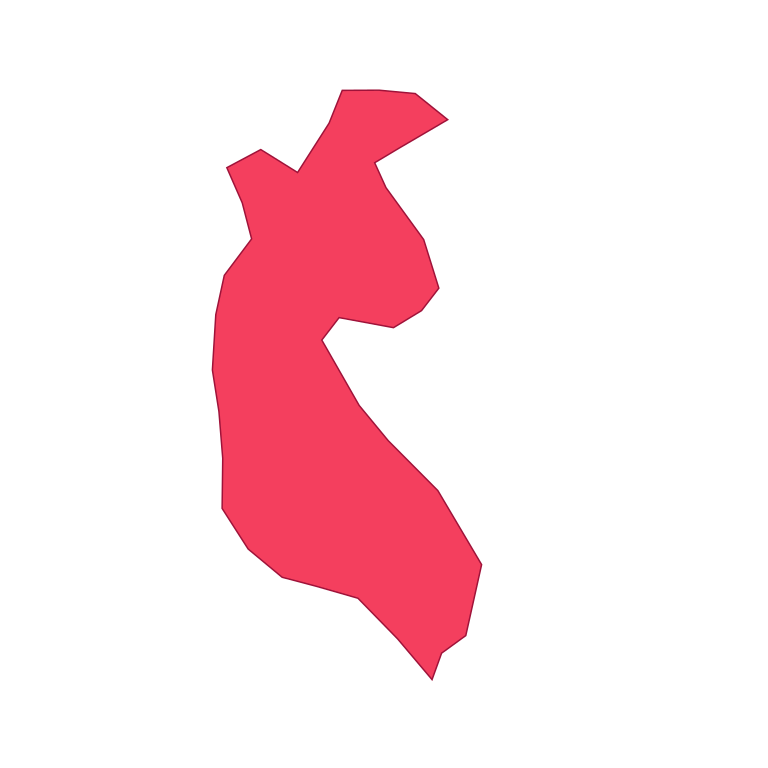 Beïkioï, Cyprus, rotated 144°
{"feature_id": "46923920B35066056619311", "entity_name": "Beïkioï", "entity_type": "district", "adm_level": 2, "iso_a3": "CYP", "parent_name": "Cyprus", "parent_adm1": "", "projection": "robinson", "projection_center": [33.505, 35.246], "detail": "fine", "context": "isolated", "style": "filled", "palette": "rose", "viewbox_px": 768, "rotation_deg": 144, "n_neighbors": 0, "source": "geoboundaries", "source_scale": "gbopen_adm2", "svg_char_len": 627}
<svg xmlns="http://www.w3.org/2000/svg" viewBox="0 0 768 768"><g transform="rotate(144 384 384)"><path d="M215.3,624.6L245.2,646.1L275.1,627.3L329.6,605.9L345.9,646.1L384.0,651.4L392.2,613.9L405.8,579.2L449.3,565.8L479.3,539.0L514.6,496.2L533.7,458.8L558.2,418.6L588.1,378.5L590.9,330.3L580.0,287.5L558.2,260.8L531.0,226.0L522.8,169.8L518.9,116.6L495.6,132.4L465.7,132.4L411.2,180.5L403.1,266.1L413.9,335.7L416.7,381.2L408.5,456.1L381.3,464.1L343.2,424.0L310.5,421.3L283.3,429.3L267.0,477.5L267.0,541.7L261.5,568.5L231.6,565.8L177.1,560.4L188.0,600.6L215.3,624.6Z" fill="#f43f5e" stroke="#9f1239" stroke-width="1.5"/></g></svg>